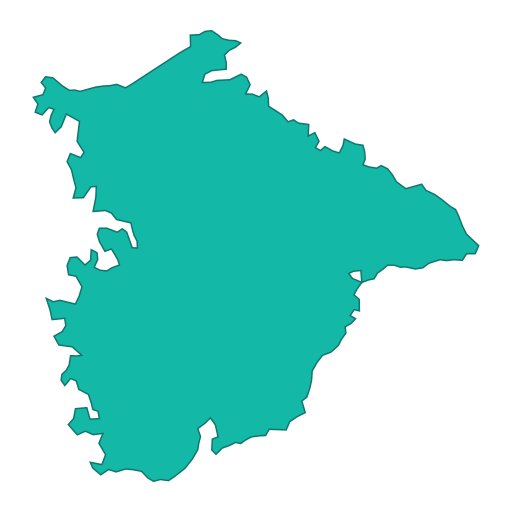 the district of Salto do Lontra, Paraná, Brazil
{"feature_id": "56859067B29109491242959", "entity_name": "Salto do Lontra", "entity_type": "district", "adm_level": 2, "iso_a3": "BRA", "parent_name": "Brazil", "parent_adm1": "Paraná", "projection": "natural_earth1", "projection_center": [-53.296, -25.774], "detail": "fine", "context": "isolated", "style": "filled", "palette": "teal", "viewbox_px": 512, "rotation_deg": 0, "n_neighbors": 0, "source": "geoboundaries", "source_scale": "gbopen_adm2", "svg_char_len": 3280}
<svg xmlns="http://www.w3.org/2000/svg" viewBox="0 0 512 512"><path d="M190.3,35.1L190.6,46.6L180.3,52.5L173.8,56.7L130.0,85.3L125.3,87.8L116.8,84.4L109.8,85.7L102.9,86.1L95.7,87.1L80.1,91.4L74.9,90.1L69.3,90.3L62.1,85.7L52.8,77.8L45.6,76.8L41.2,82.5L45.7,88.0L42.9,94.7L33.3,97.3L37.9,104.0L35.2,112.2L42.1,114.9L48.7,107.6L54.0,109.3L51.2,115.1L49.6,121.8L51.7,127.5L55.1,132.7L61.3,126.7L66.3,114.0L79.5,121.4L77.1,141.3L84.0,152.3L80.7,157.6L70.4,153.6L67.1,161.6L71.5,169.8L73.4,178.1L76.0,187.8L73.2,198.0L83.4,197.7L90.9,186.8L96.3,186.5L95.9,197.0L93.1,211.5L105.4,210.5L111.5,213.2L116.5,219.5L130.9,222.9L132.2,228.8L134.1,235.4L137.1,241.1L137.4,248.1L132.2,247.7L126.7,232.2L122.3,228.8L117.2,232.2L106.8,228.2L99.4,228.2L97.3,234.1L99.4,241.5L104.9,251.3L111.5,249.0L117.6,259.3L119.5,265.0L111.9,267.8L106.8,270.9L100.2,270.3L94.2,267.3L97.7,259.5L97.0,252.7L91.2,249.7L90.6,260.2L85.0,265.0L76.9,257.0L70.2,257.6L67.1,265.6L68.6,274.8L76.0,276.2L82.0,286.8L79.2,296.1L75.4,304.1L59.8,300.3L53.4,301.8L46.3,298.4L50.1,310.0L52.1,319.6L64.7,318.3L65.8,325.5L62.3,331.6L54.0,336.2L58.9,345.0L72.2,346.8L81.8,355.3L76.8,356.0L70.6,355.7L69.2,365.0L66.1,370.5L62.0,374.2L61.1,380.2L64.8,385.5L70.6,378.5L76.3,380.9L78.8,389.4L88.4,394.4L91.4,403.3L92.8,409.4L98.0,411.3L99.4,418.6L90.0,419.2L86.8,407.7L75.5,408.7L73.6,418.6L68.3,424.6L77.3,434.8L85.4,431.2L93.1,434.6L103.0,433.5L98.9,443.2L105.6,454.7L101.9,464.6L90.3,462.3L92.8,468.0L100.7,474.8L108.6,469.5L116.2,471.9L125.5,469.0L133.2,469.7L141.6,471.3L147.8,477.9L153.6,481.3L160.3,479.5L168.6,480.6L174.0,476.9L184.9,468.4L192.3,459.0L197.7,449.8L198.8,443.1L200.5,436.5L197.7,428.6L204.9,423.3L210.4,417.9L215.4,424.9L218.1,436.9L212.3,439.1L211.8,450.0L216.0,454.3L222.2,448.1L229.7,445.4L235.5,442.4L240.7,443.5L245.9,439.8L251.5,436.9L259.2,435.8L265.6,435.5L269.1,429.3L286.2,429.9L289.7,421.7L297.2,416.6L305.2,412.6L301.8,401.0L306.8,397.1L309.8,388.2L311.5,380.5L312.2,370.9L317.0,362.5L322.5,355.3L331.0,352.1L338.4,345.4L341.5,339.2L345.9,333.1L345.1,326.9L351.4,323.2L355.6,318.7L350.1,315.6L354.2,309.6L359.4,310.9L359.2,299.4L353.9,294.8L357.2,288.8L361.8,282.4L369.0,279.8L374.1,278.8L377.3,273.2L383.4,268.8L387.5,265.2L394.4,265.2L400.3,267.2L405.7,266.9L415.3,269.0L422.8,267.8L428.8,263.3L434.6,261.4L440.1,259.7L446.4,260.6L454.1,259.7L462.4,260.3L466.6,253.7L475.2,253.7L478.7,245.7L466.4,234.1L462.2,225.5L458.7,216.2L455.6,209.6L449.9,206.2L442.4,200.0L435.2,194.8L426.0,190.4L421.6,184.2L414.0,186.4L405.8,188.7L396.3,181.7L392.4,174.8L387.6,168.8L381.2,165.6L376.6,168.2L368.8,166.9L363.0,164.8L365.2,158.9L364.7,152.0L363.0,145.3L355.1,144.0L344.3,139.0L343.0,145.6L339.3,152.9L332.8,151.0L325.0,146.6L320.3,150.6L315.4,147.6L319.0,141.3L314.8,132.7L308.2,136.0L308.7,124.5L298.3,123.1L293.6,119.8L288.1,121.8L282.1,114.9L268.6,106.2L268.3,98.3L266.5,91.0L259.2,96.9L252.3,94.1L245.6,94.0L250.1,84.8L246.6,77.2L241.2,74.2L229.7,79.8L217.1,80.4L210.7,82.3L202.3,82.5L204.9,74.2L211.5,70.7L219.5,69.8L226.2,69.2L226.2,62.6L224.5,55.0L229.4,50.2L235.2,47.4L240.7,43.0L235.7,40.7L228.9,40.3L222.2,38.7L218.1,35.1L211.6,30.7L205.1,31.4L199.3,34.7L190.3,35.1ZM361.8,282.4L352.5,278.5L348.7,273.5L353.6,271.2L360.9,270.5L361.8,282.4Z" fill="#14b8a6" stroke="#0f766e" stroke-width="1.5"/></svg>